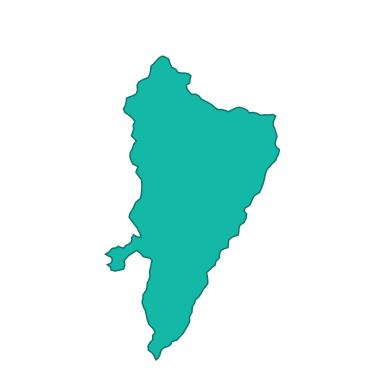 the district of Brusque, Santa Catarina, Brazil, rotated 334°
{"feature_id": "56859067B36149648591957", "entity_name": "Brusque", "entity_type": "district", "adm_level": 2, "iso_a3": "BRA", "parent_name": "Brazil", "parent_adm1": "Santa Catarina", "projection": "mercator", "projection_center": [-48.924, -27.128], "detail": "fine", "context": "isolated", "style": "filled", "palette": "teal", "viewbox_px": 384, "rotation_deg": 334, "n_neighbors": 0, "source": "geoboundaries", "source_scale": "gbopen_adm2", "svg_char_len": 2882}
<svg xmlns="http://www.w3.org/2000/svg" viewBox="0 0 384 384"><g transform="rotate(334 192 192)"><path d="M86.1,327.1L89.1,326.2L91.9,324.1L94.9,320.8L98.4,319.6L103.2,320.3L106.3,319.6L108.3,317.6L113.4,318.5L118.2,316.6L122.5,315.0L125.6,312.7L129.3,310.4L132.9,307.5L135.3,302.8L139.1,300.2L141.8,295.5L145.0,293.3L147.8,290.4L151.5,289.4L155.3,287.4L159.2,284.5L162.9,282.8L165.9,281.4L167.8,277.4L168.9,274.1L169.8,270.7L174.2,269.5L177.5,268.4L180.6,267.9L182.9,265.0L187.3,263.4L190.2,259.0L192.6,257.2L195.3,257.0L200.0,257.7L202.2,254.0L203.8,251.4L206.5,250.4L209.9,250.1L214.4,250.9L216.3,248.7L218.6,244.7L220.8,242.7L225.2,242.2L229.0,239.4L231.5,235.5L230.2,232.0L232.8,229.4L235.6,229.6L238.9,228.6L242.0,225.9L244.2,224.0L247.1,222.5L252.2,222.1L255.9,219.2L259.1,216.1L262.5,212.3L264.6,209.5L266.9,206.8L269.9,204.1L272.7,203.4L275.9,201.8L281.1,200.2L283.4,198.0L286.1,196.0L289.1,192.4L287.6,188.8L287.5,185.3L289.8,182.4L292.9,179.2L293.4,175.2L294.1,171.1L294.3,166.8L296.2,164.1L300.5,160.4L298.6,157.7L294.7,156.5L291.7,154.7L287.2,153.1L284.8,149.7L281.8,147.3L278.0,145.9L277.4,142.6L274.6,139.2L271.7,136.6L269.1,135.8L264.4,135.7L260.0,135.8L257.4,133.1L254.7,130.8L251.3,129.3L249.7,126.1L248.3,122.8L245.9,119.0L242.7,114.9L240.9,112.1L240.4,109.1L238.5,106.0L234.4,103.9L233.4,100.7L232.6,97.5L233.6,93.4L237.5,93.1L239.7,89.8L241.9,87.2L240.8,84.4L238.2,82.3L234.4,80.3L231.8,78.5L231.2,74.6L228.4,70.9L228.5,66.8L229.3,62.2L227.1,59.1L225.2,57.0L221.5,56.9L217.7,58.4L213.6,60.1L210.7,60.7L208.3,64.2L205.9,67.6L203.1,69.8L200.3,69.8L196.1,69.5L192.3,69.9L189.4,72.1L187.8,76.5L184.7,79.4L180.9,79.6L177.7,79.1L174.2,79.0L172.7,81.9L169.6,85.3L166.7,87.3L166.7,91.4L168.9,95.0L170.7,99.0L171.7,103.4L168.3,106.4L167.0,110.1L164.5,112.8L162.2,114.9L163.5,118.7L164.5,121.7L160.8,123.4L157.7,126.8L154.0,129.3L151.6,133.1L151.1,137.8L151.1,141.0L152.9,143.3L155.0,145.8L152.3,147.6L150.3,149.7L151.1,154.2L151.9,158.8L150.6,162.7L148.1,167.6L145.4,171.9L142.9,175.2L139.8,175.9L136.7,176.8L134.4,178.8L131.5,181.2L127.0,184.0L124.5,187.0L125.2,191.8L126.2,196.7L127.0,200.1L126.9,203.4L127.1,207.4L126.3,210.5L123.0,208.3L120.8,204.9L117.9,206.6L116.1,210.0L112.4,211.1L109.0,211.1L106.0,212.6L103.7,210.6L101.9,208.4L99.2,208.9L95.6,207.7L91.1,209.5L87.0,210.0L89.1,213.2L91.1,215.5L90.4,218.6L87.8,220.5L84.0,220.3L85.7,223.5L85.2,226.8L88.5,229.4L96.5,231.4L99.5,228.6L100.8,224.0L107.0,221.4L116.5,220.2L118.9,224.3L119.8,228.6L122.8,231.2L125.3,233.0L126.3,235.8L124.1,238.4L122.2,241.0L119.7,244.0L118.0,246.8L117.3,249.7L115.2,251.6L112.0,254.2L108.7,259.6L105.3,261.6L102.8,263.1L101.5,265.9L98.7,269.3L98.0,274.4L98.1,277.9L97.3,281.3L96.5,284.6L95.8,287.6L95.3,292.0L97.1,297.6L97.4,302.0L93.9,303.7L91.8,307.8L88.5,308.8L84.8,311.4L83.5,315.2L85.9,319.6L86.1,323.0L86.1,327.1Z" fill="#14b8a6" stroke="#0f766e" stroke-width="1.5"/></g></svg>